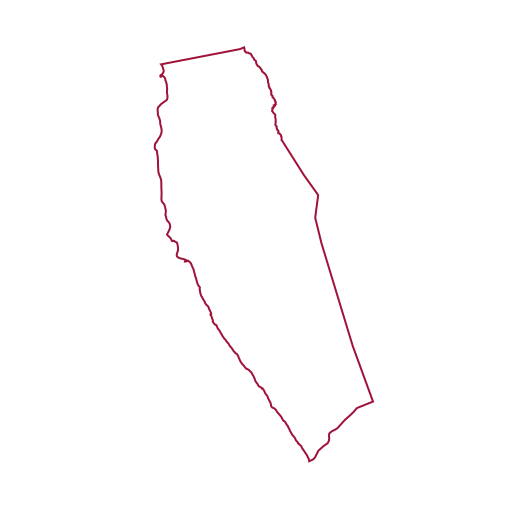 Svalbarðsstrandarhreppur, Norðurland eystra, Iceland (orthographic projection), rotated 342°
{"feature_id": "244011B70204278120324", "entity_name": "Svalbarðsstrandarhreppur", "entity_type": "district", "adm_level": 2, "iso_a3": "ISL", "parent_name": "Iceland", "parent_adm1": "Norðurland eystra", "projection": "orthographic", "projection_center": [-18.034, 65.737], "detail": "fine", "context": "isolated", "style": "outline", "palette": "rose", "viewbox_px": 512, "rotation_deg": 342, "n_neighbors": 0, "source": "geoboundaries", "source_scale": "gbopen_adm2", "svg_char_len": 5974}
<svg xmlns="http://www.w3.org/2000/svg" viewBox="0 0 512 512"><g transform="rotate(342 256 256)"><path d="M322.3,430.6L320.2,371.5L322.2,264.2L324.1,238.2L324.4,237.3L333.9,217.4L332.9,213.9L326.6,194.0L316.6,154.9L316.1,153.8L316.8,151.8L316.8,151.3L317.1,150.4L317.1,150.2L316.9,149.9L317.1,149.3L317.1,148.9L316.8,148.0L316.4,147.5L316.4,147.2L316.0,146.6L315.1,146.1L315.1,145.9L315.3,145.5L315.8,144.8L315.9,144.5L315.9,143.8L315.8,143.5L315.7,143.3L315.4,143.3L315.3,143.1L315.3,142.3L315.2,141.9L315.3,141.3L315.2,141.2L315.2,140.5L315.3,140.2L315.5,140.0L315.5,139.3L315.6,138.7L315.1,138.1L315.0,137.7L315.0,137.0L315.1,136.7L315.9,135.4L316.1,134.9L316.1,134.4L316.4,133.9L317.0,131.7L317.1,129.8L317.9,128.1L317.9,127.7L317.7,126.8L316.9,125.5L316.6,124.5L316.5,123.8L316.2,123.5L316.1,123.1L316.2,122.8L317.0,121.7L317.1,120.5L317.3,120.3L317.7,120.4L318.0,120.2L318.3,119.7L318.5,119.7L318.4,119.9L318.5,120.2L319.1,119.7L319.2,119.3L319.6,119.0L319.7,118.6L319.6,118.2L319.9,118.2L320.0,118.5L320.0,118.9L320.4,118.9L320.4,118.2L320.5,118.0L320.9,117.8L321.5,118.0L321.7,117.9L321.8,117.7L321.7,116.9L322.3,116.0L322.1,115.6L321.9,115.0L322.2,114.7L322.2,114.2L322.0,113.0L321.8,112.8L321.7,111.7L321.4,111.0L321.1,110.6L321.0,110.2L320.8,110.0L320.8,109.7L321.2,109.1L321.2,108.7L320.5,107.5L320.3,107.3L320.3,107.0L320.6,106.5L320.7,106.1L321.1,105.6L321.2,105.3L321.2,105.0L321.1,104.8L321.1,104.5L321.2,104.1L321.4,103.8L321.3,103.5L321.4,103.0L321.4,102.6L321.2,102.1L321.2,101.7L320.7,100.7L320.7,100.3L321.0,99.7L320.7,99.5L320.6,99.1L320.6,98.6L320.7,98.1L320.8,97.6L321.2,96.4L321.1,95.1L321.2,94.1L321.5,93.4L321.8,91.9L321.6,90.3L321.8,89.5L321.6,88.9L321.5,88.0L321.4,87.6L321.3,86.6L320.8,85.5L320.2,84.4L319.8,84.1L319.5,83.3L318.8,82.5L318.7,82.0L319.0,80.9L318.8,80.3L318.5,80.0L318.3,79.3L318.2,78.2L317.6,77.4L317.3,76.6L316.4,75.9L316.2,75.4L316.2,75.0L316.1,74.5L315.9,74.0L315.8,73.2L315.8,72.5L316.0,71.8L316.1,71.1L316.1,70.4L315.9,69.9L315.3,69.3L315.0,68.6L315.0,67.7L314.8,66.7L314.2,65.9L314.1,65.4L314.1,64.6L314.0,64.0L313.7,63.4L313.7,62.4L313.2,61.8L312.0,61.1L311.6,60.7L311.4,60.2L310.4,59.9L310.1,59.6L309.4,59.4L309.2,59.0L309.2,58.4L308.8,58.1L308.7,57.8L308.7,56.5L309.2,54.9L309.1,53.8L304.9,54.3L225.0,44.4L225.3,45.1L225.6,46.6L225.6,48.6L225.5,51.0L225.1,52.1L224.1,53.3L222.8,54.1L220.9,54.7L220.5,55.8L220.7,56.1L221.4,56.0L222.2,55.7L222.8,55.8L223.3,56.4L224.3,58.3L224.4,59.4L224.1,61.0L224.4,62.7L224.1,63.7L224.2,64.8L224.1,65.6L223.6,66.9L223.5,68.1L223.1,69.6L222.2,71.8L221.7,73.5L221.3,76.3L220.6,78.4L220.0,79.3L219.2,80.1L212.6,82.2L210.4,83.6L209.3,84.0L207.8,85.9L207.3,87.8L206.9,89.5L206.5,90.6L206.3,91.9L206.6,94.7L206.6,97.0L206.5,98.2L205.8,100.4L205.5,104.7L205.3,106.6L204.7,108.4L203.9,110.0L201.6,112.8L199.4,114.4L197.8,115.9L196.4,117.1L195.3,117.6L194.5,118.4L193.4,121.0L193.1,122.5L193.2,123.5L194.2,125.2L194.2,125.9L193.5,128.7L193.3,130.7L193.2,131.4L192.5,133.9L192.5,134.4L192.0,135.7L190.8,139.6L189.1,146.1L189.0,148.3L189.3,152.0L189.3,154.2L188.8,156.3L186.9,162.5L185.6,167.2L183.8,172.1L183.4,173.6L183.3,174.6L183.5,175.7L184.7,178.5L184.7,180.7L184.4,184.0L184.2,185.3L183.5,187.0L182.7,188.5L182.5,189.1L182.6,190.0L182.6,191.1L182.3,192.6L182.3,193.7L182.5,194.8L183.5,197.0L183.8,198.1L183.8,199.8L183.6,201.1L183.2,202.3L182.3,203.5L181.1,205.0L178.1,207.9L178.1,208.5L178.3,209.1L178.8,209.8L180.1,212.3L180.5,213.7L180.6,215.5L180.9,215.9L181.7,216.2L182.3,216.0L182.8,216.4L183.5,217.4L184.6,218.4L185.0,219.0L184.8,221.8L184.2,224.8L183.8,226.0L183.2,227.0L182.3,228.3L181.2,229.8L180.9,230.5L180.8,231.1L180.7,231.8L180.9,232.2L181.3,233.1L183.0,234.7L186.2,236.6L188.0,238.0L187.3,238.9L187.1,238.8L186.8,239.3L188.3,239.6L189.9,239.4L191.0,241.1L191.9,243.0L192.0,246.0L192.4,248.4L192.4,250.3L192.0,256.3L192.1,259.2L191.9,260.7L191.8,264.4L192.1,266.5L192.6,267.4L192.9,268.6L192.0,270.6L192.1,271.4L191.8,272.2L191.7,273.6L191.5,274.7L191.6,276.0L191.6,277.1L192.0,278.4L192.2,279.9L192.5,281.4L193.1,283.4L193.0,284.8L193.5,286.7L194.4,288.2L195.1,290.0L194.9,291.7L195.3,293.4L195.6,295.8L195.6,297.2L194.6,297.5L194.7,298.2L194.9,299.0L195.0,299.9L195.0,302.1L195.1,304.0L194.5,305.1L195.4,307.5L195.6,308.4L196.6,309.0L197.1,310.6L197.1,312.2L197.5,313.9L198.1,315.1L198.5,317.1L199.6,322.5L200.0,323.5L200.3,324.7L201.1,326.1L201.5,328.1L202.8,330.8L203.0,332.0L203.4,333.9L204.0,335.0L204.7,336.8L205.4,339.8L206.1,340.9L206.3,341.6L206.3,342.0L207.4,343.0L207.9,344.6L208.1,345.5L208.2,348.1L208.4,349.2L208.5,350.7L208.9,352.6L209.6,354.7L210.4,356.1L210.8,357.3L211.1,358.5L212.1,360.4L212.5,360.5L214.2,362.4L214.6,363.6L215.1,364.2L215.9,366.2L216.0,367.8L216.4,368.9L216.8,372.4L216.8,375.2L217.2,375.9L217.3,376.7L217.8,377.8L218.0,378.5L218.0,378.9L218.3,380.3L218.5,380.8L220.5,383.0L220.7,383.6L220.7,383.9L221.3,384.0L221.8,385.2L221.8,385.9L222.1,386.6L222.3,389.1L222.8,390.8L223.5,392.6L223.6,393.9L223.6,395.6L223.9,396.8L224.1,398.0L224.1,398.8L224.4,399.7L224.4,401.5L224.1,402.2L224.1,402.9L224.1,404.0L224.6,405.1L225.5,405.8L226.2,406.5L226.7,407.1L227.1,407.9L227.4,408.8L227.8,410.4L228.2,411.3L228.4,412.3L228.9,413.1L229.5,414.7L230.2,416.4L230.5,417.8L230.8,419.8L231.2,421.2L231.7,421.6L232.5,422.8L232.7,423.9L232.7,424.6L232.9,424.9L233.1,425.6L233.1,426.2L233.7,427.2L233.7,428.3L234.2,430.6L234.2,431.6L234.3,432.8L234.7,434.6L234.9,435.7L235.4,437.8L236.0,439.0L236.8,441.2L236.9,442.9L237.3,444.4L237.9,445.5L238.2,446.0L238.0,447.0L238.1,447.3L238.8,447.9L239.0,448.7L239.1,449.0L239.6,449.5L240.3,450.9L240.3,452.0L240.6,453.6L240.9,454.1L240.9,454.7L241.5,456.0L241.7,457.1L242.9,461.3L243.3,464.2L243.4,465.2L243.4,466.8L243.2,467.6L247.6,467.1L250.0,465.7L255.1,460.5L261.6,457.6L266.3,456.2L268.2,454.3L269.3,452.0L269.9,449.3L270.9,447.4L272.4,446.7L274.4,446.0L277.2,445.7L280.1,445.0L290.0,439.3L296.5,436.5L301.1,434.2L303.8,432.5L305.1,431.8L322.3,430.6Z" fill="none" stroke="#9f1239" stroke-width="2"/></g></svg>